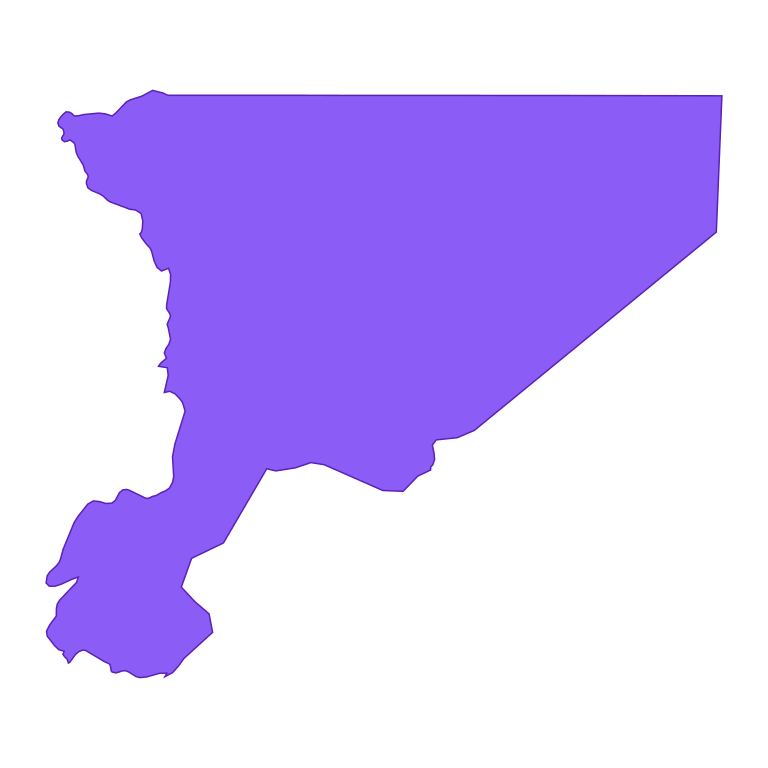 the Region of Kagera
{"feature_id": "TZA-3360", "entity_name": "Kagera", "entity_type": "Region", "adm_level": 1, "iso_a3": "TZA", "parent_name": "United Republic of Tanzania", "parent_adm1": "", "projection": "albers", "projection_center": [30.807, -1.99], "detail": "fine", "context": "isolated", "style": "filled", "palette": "violet", "viewbox_px": 768, "rotation_deg": 0, "n_neighbors": 0, "source": "natural_earth", "source_scale": "10m", "svg_char_len": 2509}
<svg xmlns="http://www.w3.org/2000/svg" viewBox="0 0 768 768"><path d="M64.6,141.7L62.1,140.0L61.6,138.2L62.4,136.5L63.5,134.8L64.1,133.1L63.1,129.1L58.9,126.2L57.9,123.0L58.8,119.7L61.1,116.5L63.4,114.1L63.7,113.8L66.1,111.8L69.7,112.2L71.9,113.6L73.4,115.3L75.0,116.0L78.6,115.7L84.0,114.5L98.8,113.1L105.1,113.8L112.2,116.0L115.9,112.9L126.4,101.9L130.6,99.7L141.7,96.2L152.7,90.4L163.1,93.0L167.7,95.3L186.6,95.3L240.2,95.3L293.8,95.3L300.0,95.3L347.4,95.4L400.9,95.4L454.5,95.4L506.5,95.5L508.1,95.5L561.6,95.5L615.2,95.6L668.8,95.7L721.9,95.8L716.3,232.1L474.3,430.4L457.2,437.7L436.1,439.9L432.4,445.1L434.1,453.6L434.6,459.4L432.8,464.8L430.7,467.0L430.6,470.0L417.8,476.1L403.1,491.3L382.8,490.5L324.2,464.7L310.9,462.6L295.4,467.8L275.9,470.9L266.7,468.8L223.5,542.9L191.6,558.3L181.3,587.1L194.7,601.5L209.1,613.9L212.6,632.3L183.9,658.5L178.5,666.0L172.6,672.6L164.9,676.7L166.9,673.2L160.0,673.2L146.4,677.0L139.6,677.6L135.7,676.4L129.0,672.1L125.4,670.7L121.8,671.0L118.9,672.1L115.9,672.9L112.0,672.0L111.2,670.8L110.4,666.0L109.6,664.2L108.3,663.4L104.5,661.7L85.5,650.4L83.1,650.0L79.1,651.5L75.6,654.3L69.8,662.3L68.4,663.0L68.4,662.9L67.1,659.2L64.6,656.7L62.9,654.4L64.2,651.2L58.9,649.8L54.5,645.6L47.2,636.1L46.5,631.1L49.9,624.6L56.3,616.0L56.4,608.5L57.3,604.0L59.7,600.1L76.5,582.5L78.3,577.0L71.6,579.4L61.2,584.2L55.0,586.2L49.3,586.2L46.1,583.0L47.2,575.8L49.6,572.2L56.6,565.6L59.4,561.9L60.6,558.8L63.0,549.6L74.1,522.6L78.0,516.4L87.7,504.2L93.3,500.9L99.6,501.6L105.9,503.5L112.0,503.1L115.3,500.4L119.5,492.5L122.8,489.9L126.6,489.4L129.7,490.4L145.0,497.9L147.4,498.5L150.0,497.7L152.2,496.5L156.2,495.5L160.7,492.9L165.7,490.7L169.5,488.0L172.5,482.5L173.7,476.6L172.5,456.6L175.0,443.7L185.1,411.1L182.6,402.6L179.5,398.4L175.1,393.9L169.8,391.3L164.3,392.5L168.2,375.5L167.3,367.7L158.5,366.3L160.0,364.0L161.8,362.1L166.5,358.3L164.3,353.1L165.9,348.6L168.9,344.2L170.5,339.3L168.2,327.5L167.1,324.5L170.5,316.4L169.8,313.7L167.2,309.7L166.5,308.2L166.6,305.1L170.4,282.0L170.6,274.5L168.5,268.3L161.5,271.0L157.0,267.4L154.1,260.8L151.3,250.3L150.0,248.0L146.4,244.1L141.5,237.7L139.8,233.9L141.4,232.2L142.3,228.7L142.8,221.1L141.1,213.5L135.5,210.0L129.7,209.2L110.4,202.0L107.7,200.4L103.3,196.2L100.2,194.1L91.6,190.5L87.8,187.7L86.3,183.0L86.6,180.8L87.3,179.1L87.9,177.8L88.2,176.9L87.6,174.5L84.9,171.0L83.2,165.0L77.8,156.2L76.1,151.9L74.9,144.4L73.7,142.6L70.1,140.0L68.9,140.3L67.0,141.3L64.6,141.7Z" fill="#8b5cf6" stroke="#5b21b6" stroke-width="1.5"/></svg>